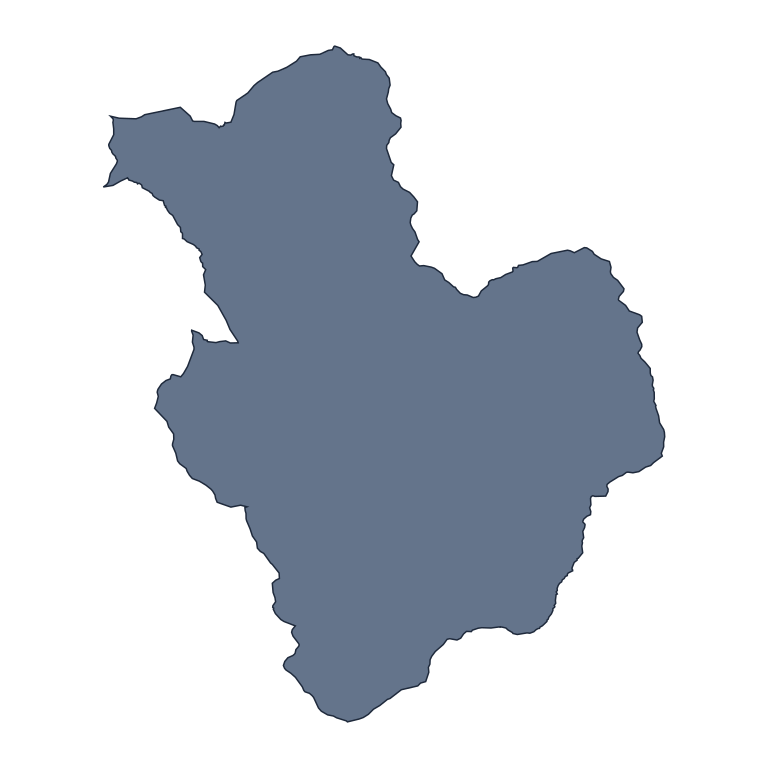 Ghimes-Faget, Bacau, Romania (Robinson projection)
{"feature_id": "2599482B75132506391920", "entity_name": "Ghimes-Faget", "entity_type": "district", "adm_level": 2, "iso_a3": "ROU", "parent_name": "Romania", "parent_adm1": "Bacau", "projection": "robinson", "projection_center": [26.074, 46.623], "detail": "fine", "context": "isolated", "style": "filled", "palette": "slate", "viewbox_px": 768, "rotation_deg": 0, "n_neighbors": 0, "source": "geoboundaries", "source_scale": "gbopen_adm2", "svg_char_len": 6096}
<svg xmlns="http://www.w3.org/2000/svg" viewBox="0 0 768 768"><path d="M641.7,316.3L639.7,314.8L629.3,311.0L625.6,305.4L618.7,300.3L618.4,299.4L619.1,296.4L623.4,291.5L624.0,288.8L617.6,280.3L613.4,277.4L610.7,273.5L610.4,271.6L611.0,267.3L609.4,261.5L601.2,258.9L594.2,254.3L592.4,251.4L586.8,247.9L584.3,247.6L574.3,252.7L570.2,250.8L567.5,250.2L551.1,253.5L537.3,261.4L532.3,261.6L523.0,264.9L518.5,265.4L517.7,267.3L516.9,267.7L513.4,267.4L512.7,268.1L513.0,271.1L512.3,272.0L505.6,274.5L500.8,277.6L495.9,278.7L493.7,279.8L492.2,279.7L489.9,280.8L488.7,282.1L488.5,284.4L487.8,285.6L481.3,290.9L478.4,296.1L475.9,297.2L473.2,297.5L467.3,295.0L463.6,294.7L460.3,293.3L456.6,289.4L455.4,287.3L453.5,286.8L448.8,282.5L444.7,279.9L442.0,273.7L434.5,268.3L431.2,267.1L423.7,265.6L419.5,266.0L417.2,264.3L414.7,261.7L411.0,256.0L419.1,241.8L417.6,239.5L415.0,232.0L412.5,228.5L410.9,225.2L410.2,222.6L410.8,218.1L412.3,215.0L414.1,213.9L416.8,210.8L417.5,201.8L413.8,196.9L409.6,192.4L403.1,189.1L400.5,186.7L398.4,182.4L393.6,180.1L391.4,175.7L393.8,164.8L391.2,162.4L386.5,148.6L386.7,145.4L388.8,142.6L389.2,140.2L390.4,137.7L395.6,133.9L401.0,127.2L400.7,123.3L401.1,120.5L400.5,118.0L396.0,115.8L391.7,112.6L390.7,109.2L387.7,103.6L386.5,98.9L388.3,92.1L388.7,88.8L390.1,85.1L389.2,78.1L386.4,74.5L385.4,71.7L380.8,67.0L377.9,62.9L369.3,59.5L362.1,59.1L360.8,57.6L359.7,58.2L359.6,57.2L359.1,57.0L356.6,56.9L353.9,55.7L353.8,53.9L352.6,54.0L350.7,55.1L347.9,54.8L340.4,48.0L334.8,46.1L334.0,46.5L332.4,49.8L328.3,50.4L319.8,54.3L310.6,54.8L300.2,56.8L296.5,61.2L286.8,67.3L277.9,71.2L272.7,72.2L257.6,82.5L254.0,85.6L247.8,93.0L236.8,100.5L236.1,102.0L234.0,114.5L230.9,122.2L226.2,123.0L225.0,122.4L224.3,125.0L223.6,125.0L223.2,126.1L221.5,126.5L220.7,126.1L219.1,127.7L217.3,125.6L214.6,124.0L203.9,121.4L194.2,121.4L192.6,120.9L190.2,116.1L180.3,107.3L144.7,114.7L141.5,116.8L136.1,118.8L119.1,118.2L110.5,116.2L113.1,118.9L113.3,120.5L112.9,122.3L113.7,128.9L113.7,134.7L108.8,144.3L108.8,145.7L109.7,148.3L111.5,150.4L111.8,152.1L112.8,153.8L115.5,156.4L115.8,158.0L117.3,160.3L117.3,161.4L116.4,163.9L110.4,173.4L108.5,182.1L106.8,184.5L103.3,187.0L113.0,185.4L120.7,181.0L127.4,177.9L127.4,178.4L128.3,178.6L128.8,180.0L132.6,181.1L134.3,182.2L136.8,182.5L137.5,183.9L139.0,183.2L140.5,184.1L141.7,185.1L142.3,187.7L149.3,191.3L150.2,192.4L152.1,193.4L153.0,195.6L155.0,197.3L159.4,200.1L163.2,200.7L164.6,205.6L165.9,206.2L165.5,207.3L166.4,207.9L167.5,210.3L169.6,213.2L172.7,215.4L177.6,224.6L180.4,227.4L180.8,231.8L182.0,232.7L182.5,233.8L182.5,238.5L184.2,239.0L187.1,241.7L193.4,244.5L195.7,246.3L196.5,247.7L199.2,249.1L199.1,250.3L200.8,251.5L202.1,254.4L199.7,257.6L200.7,261.1L201.5,262.4L202.6,263.1L202.7,266.6L205.7,269.6L203.5,274.8L205.3,285.1L204.5,292.2L217.8,305.4L226.2,320.4L230.0,329.5L237.7,341.1L238.2,342.8L230.4,343.0L225.7,340.9L219.7,341.6L216.0,342.6L207.8,341.7L207.2,341.3L207.3,340.3L203.6,339.5L202.2,335.6L199.0,332.9L191.7,330.2L191.6,331.1L193.1,335.2L192.4,342.1L194.0,347.2L194.0,349.4L187.6,366.4L183.5,373.5L180.8,376.8L173.1,374.6L171.9,374.7L170.9,376.1L170.3,378.9L166.0,380.5L161.5,384.0L158.0,389.2L157.4,391.1L157.2,392.3L158.3,396.4L156.6,403.1L154.6,408.4L167.0,421.4L168.7,427.1L173.6,433.9L173.8,439.2L172.5,444.0L172.5,445.7L175.8,453.2L177.6,460.9L179.7,463.7L186.2,468.5L187.1,471.2L189.5,475.3L192.3,478.5L199.4,481.2L206.0,485.2L210.8,489.0L212.7,491.1L215.0,495.0L215.6,498.4L217.2,502.3L230.9,507.1L240.6,505.2L247.0,506.8L244.9,507.6L245.2,510.7L246.0,513.4L246.1,518.7L246.6,520.7L250.1,528.9L252.4,536.0L256.6,542.0L257.4,548.2L260.3,551.4L263.8,553.4L270.6,563.0L272.3,564.4L279.1,573.0L279.4,578.5L275.7,580.2L272.3,583.3L273.1,592.5L275.0,597.7L275.6,601.8L272.9,605.6L272.7,607.3L273.7,608.1L273.3,609.2L275.4,613.6L280.8,619.5L284.0,621.5L295.3,625.9L292.3,629.6L291.6,632.3L293.0,636.1L298.7,643.6L299.2,644.8L298.7,646.3L295.9,649.6L295.1,653.3L294.4,654.2L292.9,655.5L287.9,657.7L284.8,661.4L283.4,665.5L284.6,668.4L286.1,670.1L290.8,673.2L295.4,677.3L302.3,686.8L303.8,690.4L305.0,691.8L309.4,693.3L312.0,695.5L313.6,697.4L318.5,708.0L321.3,711.2L327.7,714.9L333.4,716.0L336.6,717.8L346.4,720.9L347.4,721.9L359.2,719.0L363.3,717.5L368.4,714.3L373.5,709.2L379.8,705.5L387.4,699.4L390.0,698.5L401.4,689.7L417.8,685.9L420.5,683.1L425.7,681.6L428.8,672.3L428.4,667.3L429.9,664.2L430.1,659.7L431.7,656.3L435.3,651.5L443.3,644.5L447.1,639.3L449.7,638.7L457.0,640.0L460.7,638.2L463.6,633.9L466.5,631.4L471.4,631.6L472.3,630.2L478.2,628.2L481.7,627.7L491.0,628.0L500.2,626.8L500.2,627.2L501.6,627.0L505.9,628.0L507.9,629.9L512.3,632.5L513.0,633.5L517.3,634.5L527.0,632.9L529.9,633.2L533.9,631.7L535.9,629.8L537.9,628.6L539.5,628.4L540.0,627.1L542.4,625.8L546.9,621.5L547.1,620.0L548.1,619.3L548.9,617.0L551.4,613.9L552.9,610.5L552.9,608.6L554.6,607.2L554.8,606.5L554.2,605.4L555.7,603.3L555.4,600.5L556.1,594.6L557.3,594.0L556.2,591.9L557.3,590.5L557.1,588.5L558.2,585.4L559.6,583.3L561.6,581.9L562.3,579.8L564.2,578.5L565.3,576.5L567.3,575.6L567.4,574.1L568.2,573.0L572.7,570.8L572.5,569.5L572.0,569.0L572.1,567.7L574.2,562.4L577.1,560.2L577.1,558.6L578.2,558.3L582.7,552.8L581.8,546.0L582.5,542.8L582.1,541.7L582.3,540.2L583.7,537.7L582.8,531.4L584.6,527.6L585.0,525.2L585.0,524.3L582.8,521.9L582.9,521.0L583.8,519.0L587.0,516.2L590.5,514.7L590.8,511.5L589.6,507.8L590.9,504.9L590.5,498.5L591.2,496.6L592.8,495.7L594.9,496.4L605.7,496.1L608.0,491.6L608.1,489.0L606.8,486.3L607.1,484.4L609.8,482.1L618.6,476.6L622.4,475.4L626.3,472.4L627.9,472.1L632.9,472.8L638.9,471.6L645.6,467.1L650.7,465.5L653.6,462.6L662.3,456.1L661.3,453.3L663.7,446.8L663.6,442.2L664.7,436.8L664.4,432.4L663.7,429.6L659.6,422.8L658.6,415.8L655.9,408.1L655.6,406.2L656.0,405.5L653.7,401.2L654.3,398.9L654.2,392.3L653.3,389.9L653.8,388.9L653.6,387.9L652.5,386.4L652.3,384.8L653.1,380.2L652.5,376.9L650.9,375.5L650.3,373.2L650.2,368.4L644.8,361.9L641.0,358.3L639.8,355.5L638.0,353.2L638.6,351.5L639.9,350.3L641.8,346.7L641.7,344.2L639.7,339.9L637.0,332.2L637.6,327.9L642.3,322.3L641.7,316.3Z" fill="#64748b" stroke="#1e293b" stroke-width="1.5"/></svg>